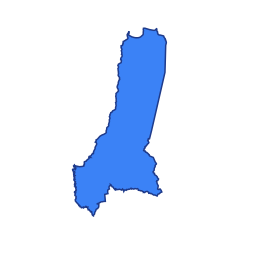 outline of Karonga, Karonga, Malawi, rotated 227°
{"feature_id": "42251766B7861013170277", "entity_name": "Karonga", "entity_type": "district", "adm_level": 2, "iso_a3": "MWI", "parent_name": "Malawi", "parent_adm1": "Karonga", "projection": "orthographic", "projection_center": [33.891, -10.08], "detail": "fine", "context": "isolated", "style": "filled", "palette": "blue", "viewbox_px": 256, "rotation_deg": 227, "n_neighbors": 0, "source": "geoboundaries", "source_scale": "gbopen_adm2", "svg_char_len": 5707}
<svg xmlns="http://www.w3.org/2000/svg" viewBox="0 0 256 256"><g transform="rotate(227 128 128)"><path d="M143.5,193.0L162.7,211.9L164.2,214.2L165.1,214.8L166.0,215.1L166.4,215.5L166.8,215.6L167.2,215.4L167.9,216.1L169.7,216.2L170.7,216.8L171.3,216.7L174.1,214.9L174.7,214.2L176.1,213.9L176.5,214.0L176.9,214.4L177.4,214.5L178.2,215.2L178.8,215.2L179.6,215.5L180.8,216.6L181.1,216.6L181.2,215.7L180.9,215.1L181.3,214.1L182.0,213.3L185.2,210.9L189.5,208.4L190.4,207.3L189.6,206.3L188.5,205.6L187.9,204.7L186.7,203.6L186.0,202.7L186.0,199.5L186.4,198.2L187.1,197.0L188.6,195.3L190.0,194.2L192.0,193.0L194.6,192.1L195.7,191.9L196.1,192.2L196.4,193.1L197.5,194.4L197.9,194.1L197.5,193.6L197.5,193.3L197.2,192.9L197.2,192.2L197.1,191.9L196.8,191.9L196.8,191.1L196.4,191.0L196.2,190.5L195.6,190.2L194.9,189.7L194.4,189.7L193.8,189.3L193.4,188.4L193.9,186.3L193.9,185.6L194.3,184.5L194.2,183.6L194.4,183.4L194.0,183.1L193.9,182.7L193.4,182.4L193.2,181.8L192.9,181.8L192.8,181.1L192.4,180.8L192.3,180.2L192.5,179.7L192.4,179.5L192.7,179.2L192.8,178.8L191.8,178.3L191.4,177.6L190.8,177.7L189.6,177.1L189.4,176.9L189.2,175.9L187.3,174.9L186.4,173.9L186.3,173.5L185.4,173.5L184.5,172.6L184.2,172.0L184.2,171.2L183.6,169.9L182.9,169.2L182.5,169.5L181.9,169.3L180.5,167.6L181.2,164.5L180.5,163.1L179.8,163.1L179.1,162.7L178.5,161.8L178.3,161.1L177.4,160.6L176.5,159.8L176.0,159.7L175.6,159.1L174.4,158.4L174.0,157.6L173.5,157.2L173.2,156.7L172.3,156.4L170.9,156.3L170.1,155.8L169.7,155.0L169.1,154.9L168.8,153.4L168.0,152.0L166.8,150.8L166.4,149.5L165.9,148.8L165.7,148.3L164.8,147.6L163.3,147.3L161.7,146.3L161.5,145.6L161.4,142.7L160.4,141.9L159.5,140.6L158.8,140.3L157.9,139.5L157.6,139.5L155.8,137.7L155.2,137.5L155.0,136.2L154.3,136.0L153.2,135.0L152.6,134.7L151.3,132.7L150.4,132.0L150.3,130.9L151.0,128.5L150.6,127.0L151.0,125.9L150.3,124.7L150.2,124.0L149.4,123.3L149.0,122.1L147.6,121.6L147.2,121.1L146.8,120.0L145.3,118.7L143.8,116.1L143.0,115.6L142.6,114.9L142.7,113.0L142.5,112.4L141.7,111.7L140.7,109.9L139.6,109.2L139.4,108.1L139.9,105.9L140.6,104.3L141.1,101.8L140.7,98.1L141.0,96.4L140.4,96.2L140.2,95.5L140.0,95.4L140.0,94.5L139.0,94.9L138.5,94.6L137.9,94.4L137.3,93.7L136.3,90.7L135.7,90.3L135.3,89.7L134.3,86.9L132.9,85.3L133.0,84.9L133.5,84.7L133.3,83.2L132.9,82.4L132.9,82.0L133.7,80.2L133.4,79.4L133.2,79.3L132.5,80.3L132.1,80.4L132.7,79.7L132.3,78.6L132.6,76.4L132.3,74.6L132.7,74.1L133.0,72.9L131.6,71.6L131.4,71.2L131.3,71.5L131.2,71.4L130.8,70.6L130.7,69.7L130.4,69.6L131.0,68.4L132.8,66.1L135.9,63.9L137.0,63.4L137.5,63.6L137.4,62.3L136.4,61.9L136.0,62.7L135.8,62.8L135.6,62.8L135.6,62.3L135.3,62.3L134.8,61.8L134.5,62.1L134.6,61.6L134.0,61.9L133.5,61.3L133.5,61.1L134.0,61.4L134.9,60.7L134.9,60.1L135.5,59.5L135.4,59.1L134.5,58.6L133.8,58.8L133.4,58.3L132.7,58.9L132.6,58.1L132.3,57.9L131.7,58.2L131.9,57.5L131.1,57.4L131.2,56.7L130.4,56.1L129.9,56.2L129.8,56.8L129.3,56.9L129.3,56.4L129.7,55.9L129.6,55.5L129.2,55.2L128.4,55.4L128.3,54.9L127.8,54.8L127.9,54.6L127.6,54.4L127.7,54.0L127.5,53.5L127.2,53.4L127.1,53.7L126.7,53.9L126.8,53.3L126.6,52.9L126.1,53.0L125.5,52.7L124.7,53.0L124.4,52.9L124.1,51.6L123.7,51.4L123.4,51.6L123.5,50.8L123.3,50.5L122.5,50.9L122.1,49.6L121.7,49.9L121.3,49.3L120.7,49.7L120.5,49.2L119.9,49.4L119.7,48.8L118.2,48.0L118.1,47.3L117.5,47.3L117.4,46.4L117.8,45.5L117.6,45.1L117.0,44.8L116.3,45.4L116.1,44.8L115.6,44.5L115.4,43.7L115.1,43.3L114.5,43.2L113.6,43.4L112.9,43.1L112.4,42.1L111.7,41.8L111.6,40.6L110.4,39.7L109.7,39.8L108.7,39.5L107.0,39.7L106.3,39.5L105.8,39.6L104.8,39.2L104.5,39.8L103.5,39.6L103.3,39.2L102.3,39.7L101.5,39.5L101.2,39.8L100.9,40.7L99.9,41.0L100.4,41.7L99.6,42.3L99.2,42.8L99.4,43.8L99.1,43.9L98.7,43.4L98.3,43.5L97.6,44.7L97.0,43.9L95.3,43.1L94.8,43.9L94.2,43.6L93.4,43.7L92.6,43.5L92.4,44.0L91.6,44.3L91.3,43.6L90.5,43.7L89.0,42.7L87.9,42.6L87.3,42.8L87.8,43.4L87.9,44.8L89.0,46.3L89.5,48.0L90.2,49.1L90.2,49.7L89.8,50.8L90.2,52.7L91.8,54.4L92.8,54.2L93.4,53.9L93.3,54.7L92.6,55.2L92.9,56.2L92.6,56.6L92.3,58.0L91.3,59.3L91.0,60.0L89.8,61.4L95.3,65.7L93.7,68.6L94.9,69.3L96.3,70.7L96.4,71.5L96.1,72.8L97.4,73.5L98.1,74.3L98.2,74.9L97.9,75.3L98.3,75.8L97.8,76.5L98.3,76.7L97.9,76.8L95.8,76.3L95.3,76.7L94.8,76.8L93.8,76.5L91.4,76.4L91.3,76.5L91.8,76.7L92.2,77.3L92.1,77.6L91.6,77.6L91.0,77.3L91.0,77.8L89.9,78.5L89.1,80.0L88.3,80.3L87.6,81.0L87.1,80.9L86.7,81.5L87.0,82.4L85.8,82.4L84.5,81.7L85.0,83.1L84.9,83.4L84.3,83.7L84.0,84.3L83.7,84.4L84.0,85.0L83.1,85.8L82.9,86.6L82.3,87.2L81.9,88.1L81.9,89.1L81.4,89.0L81.1,89.2L80.8,89.1L80.5,90.0L79.3,90.6L79.0,91.8L77.6,92.7L77.3,93.5L76.3,93.7L75.4,93.1L74.3,94.1L73.7,94.2L72.9,95.1L72.2,95.3L71.9,95.3L70.9,95.8L70.4,95.4L70.3,95.7L69.4,96.2L69.4,97.4L68.6,98.8L66.7,99.2L66.1,98.7L65.6,99.4L64.7,99.7L64.5,100.2L64.0,100.4L61.4,101.1L60.6,102.0L58.4,102.9L59.2,104.7L58.6,106.0L58.6,108.0L58.1,109.0L58.5,109.3L60.3,109.8L61.5,109.9L61.7,109.7L61.9,108.7L62.7,108.1L63.2,108.1L65.1,110.7L67.5,111.4L68.7,112.2L69.5,112.4L69.8,113.2L69.3,113.8L69.6,115.1L69.9,115.6L71.6,115.6L72.4,116.1L73.1,116.1L74.0,116.1L75.8,115.6L76.8,116.5L78.0,116.0L78.9,116.5L79.2,118.2L80.7,119.9L81.2,121.5L82.2,122.4L82.3,124.2L82.5,124.4L83.9,124.7L84.5,124.7L89.2,126.4L92.5,124.9L93.3,124.8L93.9,125.3L94.6,125.1L95.1,125.3L95.7,125.1L96.5,125.2L97.0,124.9L97.5,125.0L98.4,124.4L99.1,124.8L99.7,124.8L100.1,124.2L100.9,124.1L101.3,125.1L101.8,125.7L101.6,126.1L101.9,127.0L102.5,127.2L102.7,127.4L102.7,128.0L102.4,128.1L102.3,128.4L102.6,129.1L102.7,130.7L103.0,131.3L102.8,132.3L103.1,133.3L103.4,133.5L104.4,133.7L104.7,134.0L105.3,133.8L105.5,134.4L106.2,135.3L106.2,135.7L106.1,136.0L105.6,136.0L105.4,136.3L110.0,143.4L143.5,193.0Z" fill="#3b82f6" stroke="#1e3a8a" stroke-width="1.5"/></g></svg>